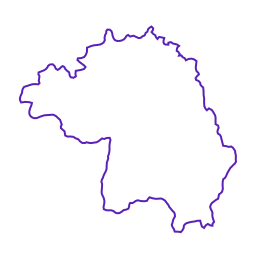 outline of Carrancas, Minas Gerais, Brazil, rotated 272°
{"feature_id": "56859067B6726149469872", "entity_name": "Carrancas", "entity_type": "district", "adm_level": 2, "iso_a3": "BRA", "parent_name": "Brazil", "parent_adm1": "Minas Gerais", "projection": "robinson", "projection_center": [-44.612, -21.476], "detail": "fine", "context": "isolated", "style": "outline", "palette": "violet", "viewbox_px": 256, "rotation_deg": 272, "n_neighbors": 0, "source": "geoboundaries", "source_scale": "gbopen_adm2", "svg_char_len": 4336}
<svg xmlns="http://www.w3.org/2000/svg" viewBox="0 0 256 256"><g transform="rotate(272 128 128)"><path d="M206.8,84.2L204.4,84.3L202.7,84.3L201.0,83.8L199.3,83.1L197.4,81.7L196.2,78.7L195.9,75.5L194.2,75.1L192.3,77.2L190.7,79.5L189.1,81.8L187.5,83.4L185.5,82.1L184.5,79.3L183.9,76.6L183.3,73.8L180.3,73.6L177.8,74.1L176.3,71.8L176.7,69.1L178.2,68.0L179.9,67.6L181.6,67.2L183.2,64.9L184.9,63.2L186.7,62.3L187.6,60.5L186.3,58.8L185.0,57.8L183.6,55.7L184.9,53.6L187.1,52.7L189.0,50.7L188.8,47.9L187.5,46.1L185.4,45.1L183.9,43.8L182.6,41.8L181.5,39.2L180.4,36.7L178.5,36.6L176.8,37.7L174.6,37.5L172.1,37.2L169.7,38.0L168.5,36.8L168.6,34.9L168.6,32.8L168.3,30.7L167.4,28.1L166.4,25.4L165.5,22.8L163.5,21.5L161.6,21.0L159.6,20.9L157.9,20.2L155.9,19.4L153.6,18.9L151.7,19.3L149.8,20.3L150.1,22.3L150.5,24.2L150.4,28.1L149.7,31.1L147.9,30.8L146.2,30.2L144.3,29.5L141.4,28.8L138.9,28.9L137.3,29.5L135.6,31.1L134.6,33.5L134.7,36.3L135.6,38.4L136.8,41.1L137.8,44.2L138.1,46.8L138.3,49.1L138.6,51.0L138.6,53.1L137.2,55.9L135.5,57.7L133.8,59.8L131.3,60.8L129.1,61.7L127.2,60.8L125.5,61.0L124.1,62.7L122.6,64.6L120.5,65.1L118.3,65.5L117.3,67.9L117.5,70.6L117.3,73.6L115.9,76.0L115.0,78.7L113.2,80.3L111.5,82.7L111.5,85.5L112.3,87.1L111.9,88.9L111.6,91.5L112.1,94.0L112.6,97.0L113.7,98.9L115.1,100.6L116.6,102.3L116.2,104.7L117.3,107.0L117.5,110.1L115.4,110.9L113.0,110.4L110.1,110.1L107.6,110.2L105.2,110.3L102.5,110.0L100.7,109.6L98.9,109.0L96.7,109.3L94.7,108.7L92.8,108.1L89.6,108.0L86.2,108.0L83.7,107.2L81.6,106.1L79.0,105.1L77.2,104.6L75.5,103.7L73.2,103.3L71.2,104.1L68.3,104.1L66.3,104.0L64.3,103.9L61.8,104.0L59.4,105.0L57.4,106.1L55.1,106.8L52.8,107.0L50.6,106.7L48.1,106.3L46.0,106.7L45.1,109.2L45.0,111.6L45.2,113.9L44.6,116.3L43.5,117.6L42.5,119.3L42.6,122.2L44.2,124.8L45.9,126.6L46.2,128.6L47.4,131.2L49.7,131.9L51.3,131.9L53.2,132.7L53.1,135.0L54.0,136.5L55.3,138.2L56.1,140.2L55.7,142.2L55.4,144.4L55.4,147.3L55.9,149.5L57.6,150.4L59.5,151.9L58.8,154.3L58.4,156.3L58.2,158.6L58.4,160.8L58.7,163.4L58.0,165.5L56.7,167.6L54.5,169.3L52.5,171.0L50.4,172.1L48.8,173.6L46.7,175.4L45.2,177.1L43.4,177.8L41.1,178.0L39.2,176.9L36.9,176.1L34.7,175.8L32.7,175.1L30.5,176.0L28.6,177.4L26.1,178.3L26.1,180.2L26.1,182.1L25.8,184.4L27.9,186.1L30.0,187.1L32.5,187.3L34.4,188.9L35.5,191.4L36.3,194.3L36.9,197.7L37.7,200.5L37.9,203.4L35.9,204.0L33.8,204.7L32.1,205.3L30.8,207.5L33.3,209.0L34.9,211.1L33.5,213.8L33.3,215.8L35.2,215.8L37.2,217.3L39.8,216.3L41.9,215.6L43.8,215.3L46.0,215.4L47.6,214.9L49.4,213.8L52.0,212.8L54.1,213.4L56.0,214.5L57.9,216.8L59.4,218.7L60.4,220.5L62.2,220.9L64.8,221.2L65.9,222.7L67.7,224.3L70.6,224.9L73.4,224.6L75.5,224.5L78.4,224.6L80.2,225.0L81.5,226.7L83.7,227.9L85.9,228.6L88.2,229.8L91.7,231.7L93.4,233.4L94.8,234.5L96.0,235.9L98.1,237.1L100.5,236.8L103.1,236.8L105.1,236.6L107.1,236.0L108.7,235.9L110.3,234.8L112.0,233.5L113.1,231.8L112.6,229.4L113.2,227.2L113.6,223.7L116.4,222.9L118.3,222.4L120.3,221.7L122.4,221.3L124.4,220.1L125.6,218.0L127.6,217.5L129.7,217.9L131.3,218.6L133.6,217.9L134.9,215.4L136.9,215.3L138.9,215.2L141.2,215.2L143.4,214.7L145.0,213.8L146.8,212.7L148.9,211.2L150.4,208.2L148.5,206.2L150.1,204.7L152.5,203.5L154.8,203.3L157.3,203.1L160.3,203.1L163.6,202.4L166.3,202.3L168.5,202.1L171.1,201.7L172.6,199.9L174.0,198.8L175.6,198.6L177.4,197.0L178.5,194.3L180.2,193.8L182.3,195.3L184.1,197.0L185.7,196.3L187.1,194.6L189.1,193.9L190.8,193.6L193.1,193.8L195.5,194.0L197.3,194.1L199.0,191.4L199.5,188.9L199.1,186.1L197.7,183.5L199.7,182.3L200.8,180.0L202.4,178.9L202.1,176.4L203.8,177.1L205.9,175.6L206.7,174.0L208.6,174.1L210.4,174.6L211.8,176.2L212.9,174.6L213.6,172.3L213.9,170.1L215.3,167.9L214.7,165.4L212.7,165.4L212.7,163.0L213.3,161.2L214.9,160.5L216.7,160.5L219.2,161.1L219.7,158.5L220.1,155.9L218.0,154.3L220.0,152.6L221.6,152.1L222.8,150.1L224.7,148.2L226.5,149.4L228.5,149.7L230.2,147.9L229.2,146.4L227.7,144.8L224.8,143.9L223.7,142.4L221.1,141.4L220.1,139.2L218.7,137.8L218.2,135.5L219.2,133.2L220.4,130.2L219.5,126.9L221.0,124.9L220.0,123.3L218.4,122.4L216.7,121.1L215.4,119.0L214.7,116.7L214.6,114.0L215.4,111.9L216.9,110.6L219.0,109.6L222.1,108.9L224.4,108.0L225.6,106.3L225.6,103.9L224.2,102.9L222.1,102.9L220.2,101.9L217.3,101.4L215.1,101.8L213.0,100.9L211.8,99.7L210.6,97.7L210.0,95.0L209.5,91.3L208.6,88.3L206.8,84.2Z" fill="none" stroke="#5b21b6" stroke-width="2"/></g></svg>